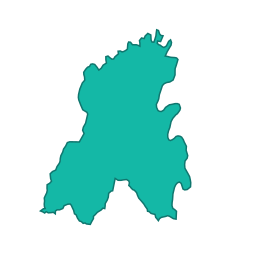 Assaí, Paraná, Brazil (Equal Earth projection), rotated 190°
{"feature_id": "56859067B40510282315364", "entity_name": "Assaí", "entity_type": "district", "adm_level": 2, "iso_a3": "BRA", "parent_name": "Brazil", "parent_adm1": "Paraná", "projection": "equal_earth", "projection_center": [-50.881, -23.418], "detail": "fine", "context": "isolated", "style": "filled", "palette": "teal", "viewbox_px": 256, "rotation_deg": 190, "n_neighbors": 0, "source": "geoboundaries", "source_scale": "gbopen_adm2", "svg_char_len": 3269}
<svg xmlns="http://www.w3.org/2000/svg" viewBox="0 0 256 256"><g transform="rotate(190 128 128)"><path d="M195.3,29.8L194.0,31.4L191.8,30.6L189.0,31.3L186.9,32.0L184.7,30.9L185.1,33.6L183.6,35.1L181.2,35.5L178.2,37.4L177.4,40.4L174.1,42.5L171.7,43.1L170.3,41.9L168.5,39.2L167.3,37.6L165.8,34.2L164.0,33.5L162.1,30.5L159.7,28.0L157.7,27.7L155.6,26.3L153.8,27.0L152.3,26.3L148.4,26.5L147.5,29.5L146.3,32.8L146.7,35.0L145.2,37.0L143.6,39.6L141.7,41.3L140.2,42.6L138.8,44.7L136.9,44.6L137.0,47.3L137.3,49.6L135.9,53.5L135.4,56.5L135.7,60.3L133.7,62.9L132.2,63.5L131.9,76.1L128.7,74.8L126.0,75.2L123.6,76.1L120.5,77.0L118.1,76.1L117.1,74.3L117.2,71.5L115.7,70.6L114.2,69.2L112.5,68.1L110.9,67.8L108.3,65.8L106.9,63.3L105.2,60.8L103.3,59.3L101.7,58.0L99.1,55.8L97.5,53.9L95.0,51.5L94.3,49.4L92.5,49.3L90.5,47.9L88.5,47.7L86.4,47.6L85.2,44.8L83.6,43.5L82.0,42.0L81.2,44.3L79.6,45.8L75.5,47.5L73.8,48.5L71.9,48.3L67.6,46.6L64.8,46.6L65.8,54.4L68.1,55.9L69.8,56.5L71.2,59.2L71.6,62.0L71.7,65.3L72.3,70.9L71.9,77.5L71.1,80.5L69.8,82.6L68.0,83.7L66.0,82.7L63.2,77.4L61.4,76.9L59.0,77.7L56.2,80.9L56.7,85.0L57.6,87.6L58.9,90.8L61.2,93.7L65.0,98.3L65.9,101.9L66.1,105.4L64.5,108.5L64.4,111.2L66.9,116.2L67.3,120.1L70.3,124.1L71.5,126.1L73.6,128.3L75.3,128.9L77.4,128.9L79.2,128.0L80.7,125.7L82.4,124.1L84.2,123.0L85.8,123.5L87.2,125.7L87.8,128.7L87.6,132.2L86.9,135.8L86.7,141.7L85.6,145.2L83.2,149.3L81.9,150.6L81.0,152.4L80.0,154.6L79.8,156.8L81.7,160.2L83.7,160.6L85.8,160.2L88.9,158.9L91.3,158.0L94.6,154.8L96.0,151.7L98.1,150.0L99.8,149.9L101.5,150.4L103.4,153.2L104.2,156.2L103.3,159.4L102.8,161.9L102.9,166.3L102.3,170.2L101.5,175.7L100.0,178.0L97.8,179.5L94.8,180.6L91.9,183.1L90.9,188.4L91.6,192.5L91.9,194.7L91.4,197.9L91.0,201.4L90.7,204.1L92.3,205.4L94.0,205.5L97.7,205.1L99.4,205.1L101.1,205.3L103.8,205.3L102.7,209.9L101.2,213.9L100.0,217.0L100.0,219.8L101.4,222.2L103.0,220.4L104.4,215.5L106.6,213.5L109.0,214.2L110.5,215.1L112.3,215.4L113.9,216.5L113.9,218.8L110.9,218.8L110.2,221.9L109.5,224.9L111.7,224.9L113.2,226.1L114.9,229.3L116.8,229.7L116.7,226.2L116.5,223.7L116.9,220.3L117.4,217.1L119.2,216.8L120.5,218.5L121.7,223.6L124.9,224.6L127.1,221.6L127.6,218.9L130.3,219.0L131.9,216.1L131.0,213.6L130.5,210.6L132.5,211.2L134.3,211.4L135.9,211.1L138.1,210.8L140.4,212.9L142.3,212.8L142.8,210.8L142.6,208.7L142.3,205.6L143.6,204.1L145.3,202.7L147.0,201.9L148.9,202.5L151.1,201.9L150.3,199.3L151.7,197.7L153.3,195.7L154.1,193.5L155.8,193.0L158.1,194.1L160.2,195.4L162.2,194.4L161.6,191.3L160.5,188.2L163.4,185.6L164.8,182.1L166.8,180.0L169.0,182.4L170.4,183.6L171.8,184.8L173.9,185.0L175.7,184.3L176.6,181.9L178.4,180.8L179.8,178.6L181.3,175.2L180.7,172.8L179.7,170.8L178.9,167.6L180.8,164.4L181.6,160.7L182.2,158.0L182.5,152.4L182.2,149.5L181.4,147.2L178.6,142.5L175.7,138.1L171.1,136.3L170.1,134.7L170.6,125.4L172.1,121.1L172.3,117.9L170.3,114.9L173.5,105.8L183.0,104.3L185.2,103.1L186.2,99.5L187.8,96.1L188.1,93.0L189.3,89.1L189.4,86.3L189.1,83.5L189.5,81.4L191.2,77.7L191.9,74.0L194.8,72.0L196.7,69.4L196.1,67.2L195.4,64.7L194.1,62.3L195.6,59.9L197.8,58.1L197.3,54.6L196.7,52.6L196.8,50.0L197.6,47.2L198.3,44.5L197.5,41.7L197.3,38.6L196.7,36.2L195.6,34.3L197.3,33.8L199.8,31.1L197.3,30.6L195.3,29.8Z" fill="#14b8a6" stroke="#0f766e" stroke-width="1.5"/></g></svg>